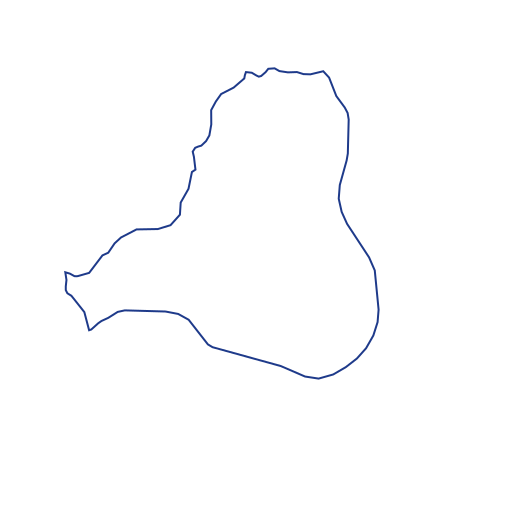 Taranaki, Albers equal-area conic projection, rotated 228°
{"feature_id": "NZL-3405", "entity_name": "Taranaki", "entity_type": "Regional Council", "adm_level": 1, "iso_a3": "NZL", "parent_name": "New Zealand", "parent_adm1": "", "projection": "albers", "projection_center": [174.624, -39.283], "detail": "fine", "context": "isolated", "style": "outline", "palette": "blue", "viewbox_px": 512, "rotation_deg": 228, "n_neighbors": 0, "source": "natural_earth", "source_scale": "10m", "svg_char_len": 1224}
<svg xmlns="http://www.w3.org/2000/svg" viewBox="0 0 512 512"><g transform="rotate(228 256 256)"><path d="M348.3,429.6L339.7,429.7L321.1,422.7L306.9,421.3L301.0,419.8L295.4,416.2L270.7,392.8L266.3,387.2L252.7,365.8L243.2,355.8L231.5,349.2L219.0,345.2L179.3,339.1L165.8,334.6L134.1,311.2L125.5,302.1L118.4,290.0L113.8,276.1L112.3,262.4L113.3,248.5L116.3,234.1L123.0,220.5L133.6,211.8L157.6,200.8L217.3,162.7L222.5,161.1L253.7,163.3L265.0,159.4L275.3,151.6L303.4,122.1L307.0,115.8L308.9,104.8L311.1,97.7L311.6,93.7L311.6,84.4L312.5,82.3L329.2,90.9L349.9,92.2L354.5,90.9L357.9,91.8L360.7,94.3L365.0,99.1L371.5,103.4L367.4,105.9L362.5,107.6L361.2,108.9L360.3,110.1L355.1,120.7L357.3,132.3L359.2,142.3L357.3,148.4L360.0,159.4L360.1,168.1L355.7,185.0L341.7,201.1L336.1,213.1L337.6,227.1L346.1,235.8L351.1,250.8L361.3,264.6L360.7,268.8L371.2,276.2L375.9,278.8L377.1,283.2L376.0,286.3L374.6,289.2L374.8,295.8L376.8,302.0L383.7,310.8L394.4,320.3L397.7,329.6L399.7,338.5L396.1,352.1L395.8,366.1L397.8,368.7L399.4,371.6L395.0,375.5L389.8,377.1L387.4,378.1L386.3,380.3L386.2,386.1L386.9,390.4L383.0,395.4L377.8,397.1L371.1,402.6L365.3,409.5L359.4,413.0L354.6,418.0L348.3,429.6Z" fill="none" stroke="#1e3a8a" stroke-width="2"/></g></svg>